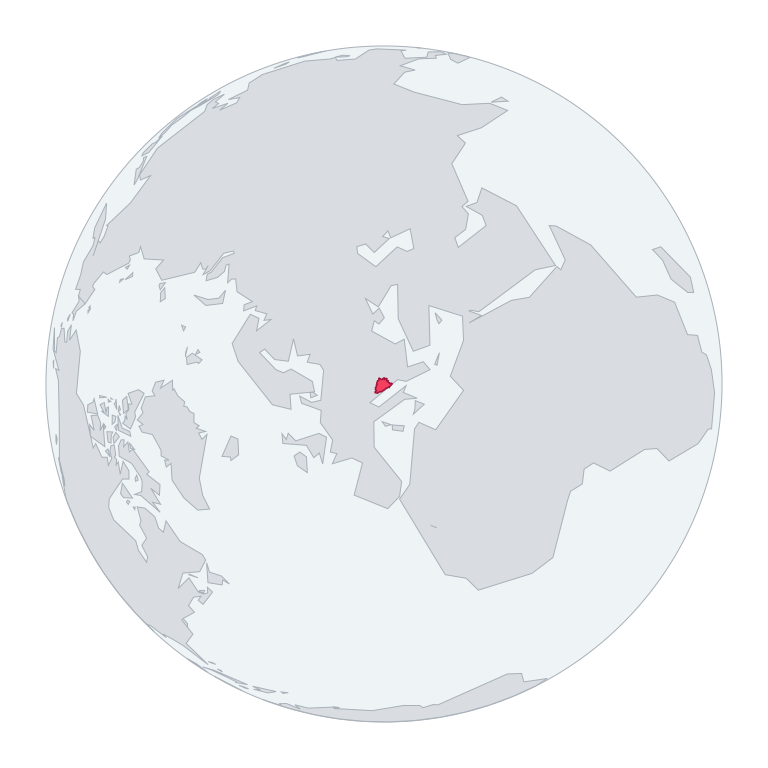 the Earth from above Bosnia and Herzegovina, rotated 278°
{"feature_id": "BIH", "entity_name": "Bosnia and Herzegovina", "entity_type": "country or territory", "adm_level": 0, "iso_a3": "BIH", "parent_name": "Europe", "parent_adm1": "", "projection": "orthographic", "projection_center": [18.137, 43.918], "detail": "fine", "context": "on_globe", "style": "filled", "palette": "rose", "viewbox_px": 768, "rotation_deg": 278, "n_neighbors": 0, "source": "natural_earth", "source_scale": "50m", "svg_char_len": 12298}
<svg xmlns="http://www.w3.org/2000/svg" viewBox="0 0 768 768"><g transform="rotate(278 384 384)"><circle cx="384" cy="384" r="338" fill="#eef3f6" stroke="#a8b0b8"/><path d="M221.8,87.5L227.3,84.7L247.9,78.1L238.4,82.2L244.4,80.8L256.7,75.9L263.3,73.2L300.8,67.8L342.1,61.1L353.5,56.7L352.3,60.1L372.7,51.4L394.0,49.8L370.9,53.2L369.3,55.0L384.3,54.2L385.9,56.0L394.1,56.9L394.7,59.4L381.2,62.1L381.3,63.9L391.9,63.4L399.2,66.2L383.6,66.5L394.6,71.6L374.1,78.7L331.9,80.7L321.3,89.4L280.2,105.0L284.9,106.8L272.2,114.9L272.9,120.1L265.1,122.3L272.4,124.8L279.4,121.9L284.9,122.2L286.0,125.3L276.2,128.3L274.2,127.2L271.9,129.7L266.6,130.0L269.8,131.6L257.8,135.4L271.1,136.4L262.7,143.4L254.4,144.7L253.5,138.3L232.0,127.9L223.3,128.6L211.9,135.2L194.1,160.0L185.2,163.9L174.4,173.7L180.0,174.0L190.5,166.6L198.3,170.4L210.2,161.7L215.1,162.3L228.0,156.6L227.8,164.5L220.6,175.5L209.9,180.9L206.5,186.2L218.1,187.2L199.6,204.1L189.8,227.8L184.9,231.9L172.5,227.6L168.8,211.2L152.8,208.6L164.9,217.8L152.2,229.1L150.9,234.4L152.6,238.5L158.1,237.4L154.1,243.2L140.6,235.5L144.0,230.1L148.3,232.3L146.4,225.1L137.3,221.3L131.6,228.1L123.8,217.6L119.6,222.6L115.6,223.5L122.7,216.1L109.7,229.6L99.6,224.1L81.6,248.9L97.4,220.8L101.9,210.1L105.7,200.0L102.6,203.7L111.9,187.1L113.2,182.4L106.9,190.7L122.5,170.0L139.7,150.5L158.4,132.4L178.4,115.9L199.6,100.9L221.8,87.5ZM82.8,230.7L84.7,227.6L80.7,237.5L74.2,249.1L82.8,230.7ZM71.0,256.6L64.6,274.6L60.6,286.1L71.0,256.6ZM54.7,308.2L53.8,312.4L51.2,327.3L52.9,325.0L54.0,332.0L50.3,346.3L53.9,340.4L52.5,354.2L57.0,378.7L55.7,380.0L58.9,417.9L68.4,448.2L70.6,464.0L68.9,467.7L73.5,477.5L73.7,481.9L97.4,519.9L114.0,546.4L116.5,560.5L108.5,564.0L115.1,586.7L106.4,576.7L92.8,555.4L80.7,533.0L70.4,509.8L61.8,485.9L55.1,461.5L50.2,436.6L47.2,411.4L46.1,386.0L46.9,360.6L49.6,335.4L51.7,323.3L53.2,315.2L53.0,315.8L54.7,308.2ZM76.8,255.7L67.3,290.7L67.8,278.7L68.6,279.1L72.1,268.4L76.8,253.0L78.6,243.9L76.8,255.7ZM83.4,253.3L84.7,248.4L84.1,252.3L83.4,253.3ZM266.0,71.8L256.8,75.8L245.1,79.9L252.6,76.3L266.0,71.8ZM288.5,66.1L284.6,67.9L278.3,68.1L282.5,67.0L288.5,66.1ZM361.2,53.7L353.4,54.7L360.5,53.2L361.2,53.7ZM395.1,56.7L396.9,56.0L400.4,56.9L395.1,56.7ZM227.2,152.8L227.5,154.7L224.9,154.7L227.2,152.8ZM232.4,148.7L229.2,147.5L231.2,145.4L233.2,146.2L232.4,148.7ZM404.5,61.6L409.6,63.6L402.0,62.0L404.5,61.6ZM236.0,150.9L235.2,141.9L238.8,138.4L249.3,138.7L236.0,150.9ZM411.0,65.1L423.6,70.6L428.5,69.2L421.8,76.9L413.3,69.2L403.2,67.2L410.0,66.9L411.0,65.1ZM281.2,119.7L273.7,122.9L279.0,117.5L281.2,119.7ZM283.1,116.3L291.3,100.7L302.8,98.1L297.7,103.5L311.8,98.4L313.4,104.7L306.0,108.9L298.3,109.3L304.8,111.5L283.1,116.3ZM416.0,80.6L417.1,82.6L413.4,81.0L416.0,80.6ZM287.5,121.9L288.1,118.8L298.2,116.2L298.7,122.1L295.3,121.0L287.5,121.9ZM314.8,94.2L322.3,93.6L325.6,98.4L329.0,99.0L314.5,104.6L314.8,94.2ZM293.6,123.1L298.7,125.2L295.0,129.3L287.6,124.9L293.6,123.1ZM300.5,113.2L305.3,112.3L302.8,114.6L300.5,113.2ZM284.5,146.1L285.0,141.9L290.3,140.1L284.5,146.1ZM300.9,125.7L302.2,124.3L304.3,123.2L306.9,125.5L300.9,125.7ZM317.8,107.9L317.6,110.2L324.0,105.7L326.7,109.6L316.5,112.8L322.1,113.0L322.9,114.3L313.6,115.6L317.8,107.9ZM315.9,124.8L303.8,130.9L301.7,138.8L297.0,140.5L301.2,127.5L315.9,124.8ZM315.4,119.2L314.6,123.0L309.1,122.9L306.2,120.4L315.4,119.2ZM332.3,111.2L330.7,104.4L333.0,104.0L332.3,111.2ZM316.3,127.0L319.2,125.5L316.8,127.5L316.3,127.0ZM328.6,115.9L327.7,113.5L330.4,113.0L328.6,115.9ZM325.8,124.8L321.9,126.6L319.8,124.8L325.8,124.8ZM328.0,120.7L331.8,120.7L321.4,123.1L327.1,119.6L328.0,120.7ZM331.2,115.9L332.5,114.9L331.2,117.0L331.2,115.9ZM335.9,130.9L323.3,134.3L318.7,130.2L331.6,127.3L335.9,130.9ZM217.0,556.8L193.0,506.1L203.1,492.4L203.7,471.2L272.2,415.4L288.1,423.5L343.7,420.5L350.9,423.9L345.9,441.6L388.8,463.7L400.9,448.6L438.2,456.7L462.1,452.3L467.9,417.5L428.8,424.1L420.5,408.5L450.6,389.0L484.5,383.6L482.4,377.4L459.6,367.6L466.1,353.7L451.6,363.2L458.5,368.7L449.6,375.1L442.7,370.6L445.3,365.6L434.7,364.4L425.2,389.5L431.2,397.8L404.2,405.0L411.5,419.9L404.6,427.6L389.7,405.6L390.2,396.9L363.5,372.7L360.5,382.2L385.5,406.1L378.3,404.4L374.5,418.8L371.7,406.6L345.2,379.2L320.0,383.1L290.0,415.0L274.9,415.1L261.1,405.0L269.8,369.9L302.8,373.7L306.3,362.5L297.8,343.9L308.5,347.0L309.1,340.3L321.4,341.0L336.9,326.3L349.1,325.5L353.4,305.1L360.3,302.2L355.7,314.9L359.1,323.7L389.2,322.3L394.5,317.7L394.9,304.9L403.2,306.7L399.7,294.5L416.2,288.1L393.2,286.1L393.0,272.3L402.0,261.0L397.8,256.4L383.2,274.9L381.1,282.8L385.9,289.9L376.6,312.6L366.6,316.4L360.8,292.3L346.0,295.5L347.9,276.4L386.1,236.4L403.0,228.0L434.5,241.9L431.6,251.1L418.8,250.3L432.2,263.2L430.3,256.3L437.2,258.1L438.8,246.3L443.7,247.1L436.8,234.8L443.0,234.5L447.3,242.3L454.9,225.7L467.4,222.5L466.7,218.5L462.5,215.1L481.1,213.9L479.8,211.1L473.2,210.3L466.3,204.2L461.5,193.5L468.2,193.6L470.8,197.5L486.5,206.5L492.6,217.5L494.8,216.6L491.2,207.1L472.0,196.1L467.2,189.6L476.8,193.5L472.9,191.6L472.6,188.4L478.6,185.7L468.3,181.0L455.8,149.5L466.2,142.0L476.1,148.4L474.5,129.1L486.2,123.8L480.1,122.9L475.3,114.0L471.5,115.5L468.2,114.4L453.9,94.4L455.8,90.5L442.7,82.4L439.5,82.1L437.4,84.5L421.8,76.9L428.5,69.2L435.3,70.1L434.9,65.4L450.4,68.5L463.1,69.4L480.3,76.6L488.8,77.4L487.7,75.5L498.4,75.8L524.5,84.1L508.5,85.3L470.3,78.1L486.3,81.2L484.2,83.2L490.9,86.2L502.1,88.7L502.4,87.3L528.0,107.7L557.9,123.8L552.1,114.4L557.1,112.9L586.0,126.8L629.0,168.5L636.1,170.0L642.2,175.5L648.7,185.6L639.9,177.7L638.8,181.2L632.9,175.6L640.3,190.4L632.2,183.1L641.9,198.9L647.5,201.2L644.0,190.3L656.0,208.0L663.3,208.6L673.5,220.5L692.7,260.6L698.3,285.1L700.6,290.5L697.9,292.5L701.8,310.4L712.6,322.7L714.9,330.5L717.7,359.6L716.4,354.4L709.5,359.4L713.5,380.8L719.0,381.6L721.0,394.5L719.2,399.8L716.5,389.2L713.9,390.5L710.8,373.1L701.4,355.8L699.2,371.1L695.7,361.1L682.4,352.0L677.2,373.5L671.5,422.5L676.7,449.5L672.1,468.4L651.4,444.9L640.2,422.1L633.9,431.1L611.6,420.5L576.6,441.8L570.6,436.5L564.2,443.9L548.4,443.3L538.8,433.7L529.6,438.5L555.1,463.1L564.7,457.9L571.3,440.7L576.7,450.8L591.8,453.6L578.9,490.4L525.2,537.4L518.2,517.9L468.7,467.8L469.2,460.2L468.9,459.4L468.2,458.1L465.4,470.8L456.3,459.8L484.6,498.6L490.1,515.9L524.4,538.9L521.6,543.2L532.2,546.2L563.9,525.6L564.4,532.5L550.5,569.3L505.1,621.8L510.2,642.4L505.4,660.4L475.1,677.7L475.8,687.7L459.9,694.2L457.6,699.4L443.7,706.2L421.3,712.6L385.2,714.6L384.4,711.3L368.6,703.3L347.4,676.9L358.1,663.3L355.5,651.2L329.2,620.0L335.0,602.5L327.6,594.0L312.6,594.3L303.8,583.7L294.5,582.0L235.7,575.4L217.0,556.8ZM250.5,449.8L249.0,456.3L250.5,449.8ZM522.2,394.7L541.4,388.3L529.7,370.3L536.2,366.6L529.8,362.1L528.8,369.0L512.9,356.0L520.1,346.4L516.2,337.9L509.6,339.7L499.0,359.6L521.6,378.0L518.5,388.4L522.2,394.7ZM57.3,379.3L57.4,385.0L56.3,381.1L57.3,379.3ZM65.4,282.3L64.6,287.6L63.3,292.4L63.5,289.2L65.4,282.3ZM64.7,325.1L65.0,332.2L63.6,327.2L64.7,325.1ZM66.4,296.0L64.4,320.0L61.9,312.2L63.6,297.3L63.9,304.3L66.4,296.0ZM78.7,258.5L77.6,262.6L76.3,264.0L78.7,258.5ZM83.0,256.3L83.0,255.3L84.6,251.8L83.0,256.3ZM153.0,229.5L154.0,230.3L154.6,235.2L152.0,234.4L153.0,229.5ZM171.2,249.8L164.4,258.8L167.5,251.5L162.5,251.7L162.8,237.3L182.4,233.2L173.4,237.4L171.2,249.8ZM168.6,217.8L166.2,226.8L168.0,217.2L168.6,217.8ZM300.2,305.0L304.9,310.1L301.0,317.4L285.6,320.4L291.0,309.6L300.2,305.0ZM312.5,315.7L311.0,292.1L320.6,289.9L315.5,295.0L321.9,296.0L315.4,304.5L326.0,326.4L323.3,334.5L296.2,334.4L306.6,329.6L301.3,324.7L312.5,315.7ZM290.3,242.1L289.8,233.7L311.2,239.7L309.2,247.0L293.7,249.9L286.9,243.1L290.3,242.1ZM254.6,153.9L253.0,151.6L255.7,150.6L259.3,151.8L254.6,153.9ZM284.3,144.3L264.4,163.6L261.5,161.7L253.2,176.2L242.6,177.1L248.3,167.5L233.8,179.5L234.7,171.3L225.8,180.2L239.7,158.8L239.9,152.4L243.7,159.0L253.5,158.2L257.8,156.0L270.2,145.2L275.6,131.9L286.1,129.7L292.2,131.6L292.5,134.5L285.6,134.9L291.0,138.4L281.2,141.3L284.3,144.3ZM357.1,165.6L348.8,163.3L358.2,174.0L348.4,175.6L350.1,176.8L343.6,181.4L338.6,189.2L334.0,188.8L334.0,192.1L329.7,195.5L328.3,200.0L319.4,201.1L316.9,206.8L314.1,204.2L312.2,213.9L309.7,207.2L303.9,211.5L309.4,215.7L265.0,214.2L248.4,220.0L235.9,228.7L233.2,217.1L243.2,201.9L259.3,187.5L275.7,184.2L271.5,180.0L278.1,177.3L278.7,181.7L281.8,173.3L287.4,172.4L301.7,161.8L302.7,151.1L308.0,147.2L310.4,151.0L314.0,144.7L322.2,149.4L326.1,146.9L338.1,149.5L340.5,158.8L344.7,155.4L354.0,157.6L357.1,165.6ZM339.1,131.9L344.2,141.8L341.3,147.8L321.6,141.0L316.9,142.6L304.2,139.2L308.7,130.7L311.9,132.4L316.0,132.1L313.0,134.8L318.6,132.5L323.2,134.9L328.7,133.8L328.9,137.2L339.1,131.9ZM358.2,417.2L363.6,418.1L371.9,417.3L369.6,426.7L358.2,417.2ZM339.8,398.8L344.6,397.8L345.4,409.9L339.8,409.4L339.8,398.8ZM346.4,387.4L344.7,396.8L342.3,391.4L346.4,387.4ZM360.1,313.5L365.1,312.0L365.9,314.9L363.5,319.5L360.1,313.5ZM382.6,200.5L378.4,197.5L379.7,195.8L375.9,186.3L382.8,184.7L387.8,189.9L382.6,200.5ZM461.7,424.7L455.3,432.4L451.4,430.0L454.4,427.8L461.7,424.7ZM410.6,431.4L422.7,434.5L409.9,433.9L410.6,431.4ZM389.6,197.2L387.2,193.3L392.2,195.0L389.6,197.2ZM387.7,183.2L393.4,184.2L383.2,183.5L387.7,183.2ZM558.4,639.0L532.4,672.6L517.8,677.9L516.9,672.1L527.8,653.7L545.4,642.6L554.5,631.2L558.4,639.0ZM719.9,420.6L719.2,423.4L712.0,412.6L714.7,404.9L721.0,401.1L720.8,406.2L721.2,405.5L719.9,420.6ZM721.8,374.0L721.6,369.2L721.5,367.9L721.8,374.0ZM678.0,450.9L684.5,460.4L681.3,467.4L678.0,450.9ZM705.5,279.9L705.2,279.2L704.2,276.0L704.5,276.8L705.5,279.9ZM703.9,297.5L704.4,304.7L702.8,301.4L701.0,290.3L703.9,297.5ZM681.3,231.0L687.5,241.0L689.8,245.5L687.0,242.2L681.3,231.0ZM445.6,183.4L443.2,198.0L446.0,208.5L454.8,214.0L441.3,213.0L437.0,196.7L445.6,183.4ZM453.9,153.4L446.1,149.3L450.1,147.5L452.4,148.2L453.9,153.4ZM448.8,153.5L438.2,155.5L434.2,151.0L443.4,150.2L448.8,153.5ZM414.1,175.4L412.8,179.7L408.8,178.1L414.1,175.4ZM703.6,274.3L704.3,276.5L696.8,258.3L694.8,252.7L701.4,268.2L703.6,274.3ZM642.0,169.5L638.2,166.3L634.3,160.8L638.0,164.5L642.0,169.5ZM618.1,142.0L632.0,158.4L642.5,172.7L642.7,171.5L651.4,181.5L647.2,179.3L634.6,163.7L627.8,154.4L620.0,147.3L610.9,137.8L602.3,132.0L596.1,126.7L601.8,129.3L618.1,142.0ZM598.8,130.0L580.6,118.9L576.4,112.5L579.5,113.5L589.6,121.1L591.2,123.9L598.8,130.0ZM574.9,114.5L576.3,117.4L552.3,111.4L546.2,108.8L562.3,108.8L564.4,111.7L571.0,114.6L574.9,114.5ZM420.4,82.1L417.4,82.5L418.5,80.9L420.4,82.1ZM466.3,115.5L462.0,113.8L463.5,111.7L466.3,115.5ZM450.9,108.3L452.2,111.8L448.0,108.0L450.9,108.3ZM455.5,120.0L451.3,113.1L459.3,119.8L455.5,120.0Z" fill="#d9dde1" stroke="#a8b0b8" stroke-width="1"/><path d="M389.1,378.3L389.0,378.9L388.8,379.4L388.6,379.9L388.3,380.4L388.2,380.6L388.2,381.0L388.1,381.4L388.2,381.5L388.3,381.7L388.6,381.8L389.1,382.1L389.5,382.6L390.0,383.0L390.1,383.4L390.0,383.5L389.6,383.6L389.1,383.6L388.8,383.6L388.7,383.7L388.8,383.8L389.2,384.4L389.8,385.2L389.8,385.6L389.7,385.9L389.6,386.1L389.4,386.0L389.2,385.9L388.8,385.9L388.5,386.2L388.4,386.2L388.2,386.3L387.8,386.3L387.6,386.2L387.5,386.3L387.4,386.5L387.6,386.8L387.9,387.3L387.8,387.7L387.6,387.7L387.4,387.4L387.1,387.4L386.6,387.7L386.3,388.0L386.2,388.3L386.1,388.5L386.1,389.2L385.5,389.3L385.4,389.4L385.3,389.6L385.4,390.3L385.4,390.7L385.8,391.3L385.8,391.5L385.7,391.7L385.5,391.9L385.4,392.0L384.9,391.9L384.7,391.8L383.9,391.2L383.6,390.9L383.1,390.5L382.7,390.3L382.6,390.0L382.3,389.9L382.0,390.0L381.6,389.8L381.9,389.6L381.9,389.4L381.8,389.2L380.8,388.2L380.4,387.6L380.3,387.4L380.3,386.8L380.2,386.6L379.5,386.3L378.7,385.5L377.9,384.8L377.8,384.6L377.4,384.0L376.9,383.4L376.5,383.1L376.2,382.7L375.9,382.2L375.7,381.3L375.6,380.6L375.4,380.3L375.2,380.2L374.5,379.4L374.0,378.9L374.0,378.3L374.1,377.4L374.2,376.4L374.4,376.3L374.7,376.2L375.0,376.3L375.8,377.1L376.1,377.4L376.3,377.5L376.6,377.2L377.0,376.6L377.3,376.3L378.4,376.4L378.9,376.0L379.8,376.6L380.1,376.7L380.3,376.6L380.6,376.6L381.2,376.8L381.4,376.9L381.5,376.9L382.0,376.6L382.6,377.2L382.9,377.2L383.2,377.0L383.4,376.8L384.0,376.9L384.3,376.8L384.6,376.8L384.9,376.9L385.2,377.0L385.5,377.1L386.2,377.2L386.5,377.5L386.7,377.9L386.7,378.1L386.9,378.3L387.4,378.4L387.6,378.4L387.8,378.4L388.2,378.2L388.6,378.1L388.9,378.2L389.1,378.3Z" fill="#f43f5e" stroke="#9f1239" stroke-width="1.5"/></g></svg>